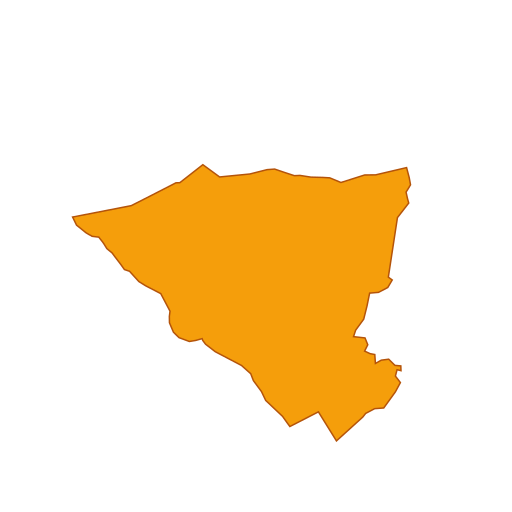 Ould Yenge, Guidimaka, Mauritania, rotated 114°
{"feature_id": "47542326B88135317282644", "entity_name": "Ould Yenge", "entity_type": "district", "adm_level": 2, "iso_a3": "MRT", "parent_name": "Mauritania", "parent_adm1": "Guidimaka", "projection": "albers", "projection_center": [-11.856, 15.622], "detail": "fine", "context": "isolated", "style": "filled", "palette": "amber", "viewbox_px": 512, "rotation_deg": 114, "n_neighbors": 0, "source": "geoboundaries", "source_scale": "gbopen_adm2", "svg_char_len": 1382}
<svg xmlns="http://www.w3.org/2000/svg" viewBox="0 0 512 512"><g transform="rotate(114 256 256)"><path d="M295.0,439.4L300.8,432.5L303.9,420.9L304.4,416.8L304.4,416.2L304.5,414.8L304.7,413.8L303.8,410.8L302.7,407.3L304.0,404.9L305.6,401.8L306.9,399.7L309.9,395.3L310.7,392.5L311.7,388.8L314.4,384.0L318.7,376.1L319.6,374.6L321.9,370.7L321.4,365.3L323.7,360.1L327.0,352.6L328.1,344.7L329.1,327.7L341.4,312.1L346.4,310.6L352.2,307.9L355.4,304.5L359.2,300.4L360.7,296.4L361.9,293.1L361.2,282.1L357.7,276.8L353.4,271.6L354.8,270.3L357.1,266.2L360.0,254.3L361.9,224.7L365.7,212.9L370.9,207.7L377.6,195.9L384.0,188.4L391.7,166.5L395.9,159.4L398.0,155.7L373.0,135.6L392.2,107.3L359.6,92.9L355.2,91.8L347.2,85.5L342.9,77.5L323.4,73.4L312.9,72.6L309.0,79.8L302.5,80.9L301.8,76.9L297.5,79.0L299.4,84.6L296.3,92.8L300.2,99.2L305.6,103.2L297.7,107.4L298.8,112.1L298.7,118.1L291.6,117.8L286.5,123.1L290.0,134.1L283.2,134.8L269.9,131.9L256.3,134.3L243.7,137.1L239.4,129.3L231.2,122.8L222.5,121.8L221.5,126.5L163.4,142.4L145.5,138.0L142.0,140.9L136.6,144.9L132.5,144.3L128.1,143.8L122.1,147.9L114.0,154.4L133.2,179.7L137.8,189.7L154.3,208.3L154.6,220.4L157.0,226.8L161.6,237.9L164.5,248.6L167.0,253.6L168.1,264.3L169.0,274.3L172.6,281.0L183.6,295.0L198.6,321.4L194.2,341.7L220.0,355.4L221.7,358.9L242.2,375.4L260.7,390.4L295.0,439.4Z" fill="#f59e0b" stroke="#b45309" stroke-width="1.5"/></g></svg>